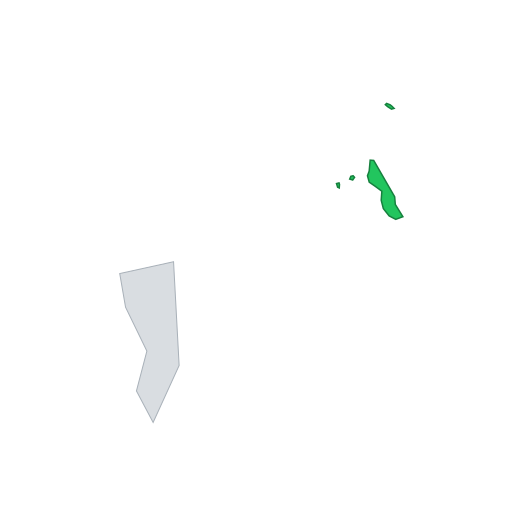 Seychelles, with Grand'Anse Praslin highlighted, rotated 26°
{"feature_id": "SYC-5211", "entity_name": "Grand'Anse Praslin", "entity_type": "state/province", "adm_level": 1, "iso_a3": "SYC", "parent_name": "Seychelles", "parent_adm1": "", "projection": "robinson", "projection_center": [55.687, -4.284], "detail": "fine", "context": "in_parent", "style": "filled", "palette": "green", "viewbox_px": 512, "rotation_deg": 26, "n_neighbors": 0, "source": "natural_earth", "source_scale": "10m", "svg_char_len": 743}
<svg xmlns="http://www.w3.org/2000/svg" viewBox="0 0 512 512"><g transform="rotate(26 256 256)"><path d="M234.9,388.1L236.5,450.7L207.7,429.7L199.6,389.3L161.2,359.2L141.2,331.5L184.4,297.3L234.9,388.1Z" fill="#d9dde1" stroke="#a8b0b8" stroke-width="1"/><path d="M370.8,156.3L365.5,161.8L358.1,161.6L349.7,157.6L344.1,151.0L340.7,142.6L332.6,141.1L325.4,140.0L321.0,135.0L320.5,130.1L316.6,119.8L319.9,118.5L354.7,142.0L358.6,148.6L370.8,156.3ZM310.3,61.3L312.5,61.8L315.4,62.8L313.4,64.6L309.0,64.1L305.9,63.3L306.5,61.6L310.3,61.3ZM308.1,141.3L310.1,142.1L309.6,145.3L306.5,145.8L306.3,142.8L308.1,141.3ZM298.6,153.9L299.7,155.1L301.0,158.4L299.2,158.4L296.6,155.6L298.6,153.9Z" fill="#22c55e" stroke="#15803d" stroke-width="1.5"/></g></svg>